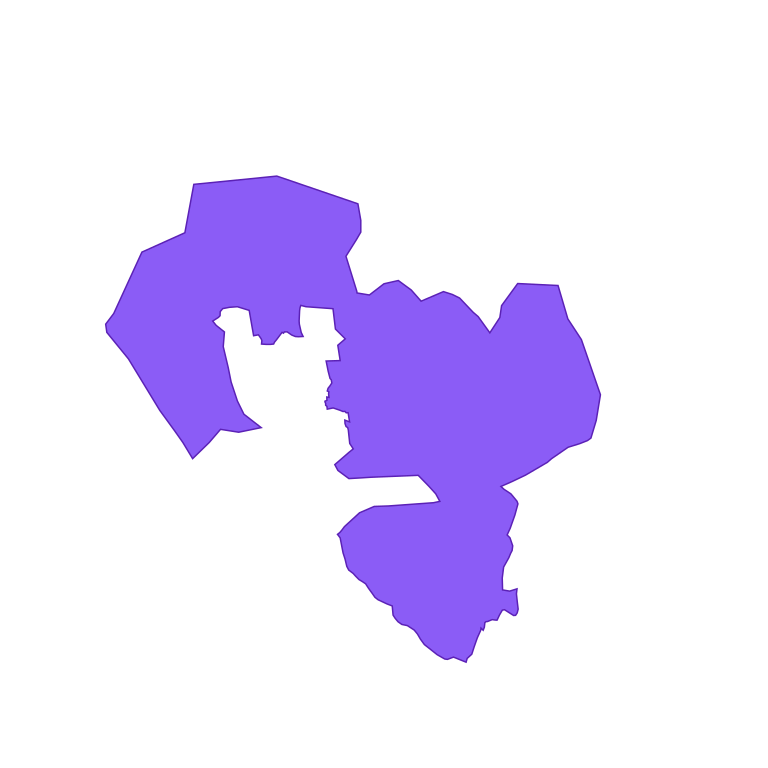 the district of Abeokuta South, Ogun, Nigeria, rotated 324°
{"feature_id": "59680162B79825109156569", "entity_name": "Abeokuta South", "entity_type": "district", "adm_level": 2, "iso_a3": "NGA", "parent_name": "Nigeria", "parent_adm1": "Ogun", "projection": "natural_earth1", "projection_center": [3.353, 7.176], "detail": "fine", "context": "isolated", "style": "filled", "palette": "violet", "viewbox_px": 768, "rotation_deg": 324, "n_neighbors": 0, "source": "geoboundaries", "source_scale": "gbopen_adm2", "svg_char_len": 2799}
<svg xmlns="http://www.w3.org/2000/svg" viewBox="0 0 768 768"><g transform="rotate(324 384 384)"><path d="M255.5,576.3L255.3,580.1L255.6,584.6L257.1,589.0L260.9,593.2L263.8,600.8L264.1,605.9L263.5,612.0L263.5,618.5L267.9,634.2L271.5,642.2L273.5,644.1L279.7,645.8L286.9,657.3L290.0,654.9L296.2,654.2L302.5,649.6L310.3,644.2L317.5,640.1L319.0,638.5L319.5,641.5L322.2,639.8L325.4,636.3L326.8,636.2L328.1,637.0L333.0,638.2L335.3,640.4L336.7,641.5L341.6,638.8L346.8,636.5L348.8,637.4L352.8,647.5L354.5,648.5L357.2,647.5L360.2,645.0L363.6,638.9L367.8,631.6L371.2,627.9L363.9,625.4L358.9,620.3L365.6,610.5L373.2,602.4L382.9,597.9L386.8,595.5L389.8,594.0L393.0,590.6L395.5,582.5L394.9,578.5L401.3,574.9L412.8,567.0L421.9,559.7L422.7,557.0L422.4,552.0L422.1,547.5L419.2,539.7L418.4,535.6L430.3,538.2L444.9,540.9L470.2,543.4L475.7,542.9L495.8,543.4L507.3,547.3L515.4,549.4L519.6,549.4L534.3,538.2L552.8,519.9L569.8,464.1L571.0,439.4L582.7,406.6L551.2,381.3L525.2,389.7L516.8,398.3L499.7,404.8L499.8,384.8L498.3,378.5L495.7,358.9L491.9,351.7L486.4,344.2L462.7,338.8L461.3,324.0L456.4,308.7L442.9,302.9L424.5,303.4L415.7,294.5L416.5,293.0L428.3,258.3L446.3,251.1L454.5,247.5L461.4,238.0L468.8,222.9L419.5,152.8L347.5,110.7L311.8,144.6L265.7,135.0L206.8,168.1L194.0,172.0L190.1,179.3L192.0,213.5L187.1,273.5L187.1,299.2L186.9,313.1L185.3,331.9L208.2,328.6L225.1,324.6L238.1,337.6L259.0,347.1L252.9,326.1L255.4,311.6L261.5,292.5L267.6,279.2L275.9,259.3L285.5,248.1L282.7,238.0L282.4,232.4L289.2,232.8L291.5,232.4L294.0,229.2L297.8,228.2L304.0,231.1L310.8,235.3L318.2,245.2L306.9,268.3L311.3,270.4L311.2,275.2L310.7,277.1L308.4,279.7L312.2,282.9L315.4,285.2L318.2,286.8L320.0,285.8L323.1,285.0L331.9,282.3L332.6,283.8L334.0,283.3L336.3,284.9L338.1,290.1L340.2,293.5L342.6,295.5L346.5,298.0L347.3,293.7L350.7,285.8L352.4,283.1L358.8,275.1L360.8,273.0L362.9,271.5L366.3,275.6L387.0,293.1L377.0,311.0L379.2,324.7L369.4,325.5L362.3,339.3L350.7,331.4L346.4,340.7L343.6,347.8L343.8,349.6L342.4,352.5L339.3,353.7L336.2,354.6L334.0,356.3L334.8,357.9L333.3,359.5L331.6,362.5L330.1,360.9L328.2,363.7L326.1,363.2L325.5,364.4L325.5,365.2L324.3,366.9L324.7,368.5L323.3,371.0L328.8,373.5L332.9,379.3L334.6,382.1L336.3,383.2L336.5,385.1L338.1,386.1L333.9,394.4L331.1,390.2L329.2,393.1L328.3,396.1L329.0,397.9L328.1,400.2L321.3,412.0L321.0,418.4L315.5,418.7L296.8,420.3L295.9,426.9L300.0,439.9L311.1,447.0L319.0,452.0L358.0,478.0L360.2,493.1L361.3,503.3L360.2,511.8L354.2,509.1L316.1,485.4L304.1,477.3L288.6,473.8L268.3,476.1L264.1,477.4L260.8,478.2L258.0,478.3L258.1,482.7L251.6,496.6L249.6,502.7L246.7,509.7L246.1,513.8L247.7,519.1L248.1,522.9L248.8,527.5L250.0,530.3L251.7,534.8L251.4,540.3L251.4,545.9L251.3,551.3L252.4,555.1L257.1,563.6L260.2,568.4L255.5,576.3Z" fill="#8b5cf6" stroke="#5b21b6" stroke-width="1.5"/></g></svg>